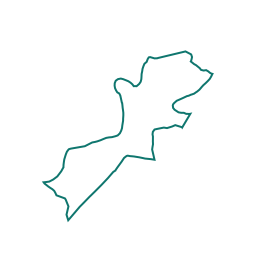 Sharas, Hajjah, Yemen (Equal Earth projection), rotated 241°
{"feature_id": "15242507B8279696782405", "entity_name": "Sharas", "entity_type": "district", "adm_level": 2, "iso_a3": "YEM", "parent_name": "Yemen", "parent_adm1": "Hajjah", "projection": "equal_earth", "projection_center": [43.654, 15.731], "detail": "fine", "context": "isolated", "style": "outline", "palette": "teal", "viewbox_px": 256, "rotation_deg": 241, "n_neighbors": 0, "source": "geoboundaries", "source_scale": "gbopen_adm2", "svg_char_len": 2459}
<svg xmlns="http://www.w3.org/2000/svg" viewBox="0 0 256 256"><g transform="rotate(241 128 128)"><path d="M76.3,31.0L77.7,34.8L82.5,47.6L84.4,54.1L86.6,61.3L87.0,62.9L88.2,67.2L88.2,67.3L88.7,69.0L91.1,77.3L93.9,86.1L96.7,93.7L96.8,94.7L96.9,96.4L97.2,96.7L98.7,99.7L101.7,106.2L103.7,110.0L104.1,112.3L104.2,113.3L103.9,114.4L102.6,115.9L100.3,119.3L97.0,123.5L94.7,126.2L93.0,128.1L89.6,133.0L87.4,135.8L97.5,138.7L99.6,140.3L101.7,142.0L103.9,143.1L104.1,143.2L106.2,144.4L108.5,145.7L110.6,146.4L112.6,147.9L113.8,150.5L113.2,152.6L111.0,159.5L110.7,159.9L109.0,162.1L107.9,167.4L107.6,170.7L102.4,175.7L102.2,175.7L110.2,189.4L110.4,188.8L112.1,185.8L114.2,184.2L115.5,181.9L117.2,179.8L119.3,178.7L121.4,177.6L123.7,177.2L126.0,178.1L126.8,178.9L127.4,180.3L128.2,183.8L127.9,186.9L127.6,190.4L127.3,195.1L126.8,196.7L126.6,199.4L126.5,199.5L126.0,202.4L126.3,205.2L126.3,205.9L126.9,209.1L127.1,209.6L127.7,211.3L127.9,211.7L128.9,214.6L129.6,217.7L130.4,220.6L131.3,223.3L132.7,225.7L134.0,227.5L134.4,228.1L134.7,227.8L134.9,227.5L136.6,226.4L138.5,225.7L140.7,224.4L141.6,222.0L143.2,220.3L143.6,220.0L145.4,219.8L149.9,218.0L150.1,217.9L151.8,216.8L153.8,216.0L155.7,215.2L155.8,215.4L157.3,216.9L159.0,218.4L161.1,218.8L161.7,218.9L162.4,218.5L167.1,215.4L174.7,188.1L174.8,187.4L175.5,186.0L176.0,185.0L179.3,181.7L179.7,180.4L178.7,178.6L176.8,176.4L176.2,173.5L174.6,171.5L172.7,169.4L170.6,167.8L169.0,166.4L168.5,166.0L166.2,164.6L164.2,163.3L162.3,161.5L161.1,159.1L160.4,155.8L160.6,155.6L161.8,153.3L164.1,153.0L166.4,152.2L168.7,151.0L170.7,149.4L173.0,147.5L174.7,145.7L175.6,143.0L175.5,141.9L175.3,140.2L173.6,138.1L171.5,136.8L169.2,136.0L166.8,135.8L164.4,135.9L162.4,137.1L160.1,137.0L153.1,134.9L152.7,135.0L150.5,134.1L148.2,133.1L145.8,132.2L143.6,131.3L141.4,130.1L139.5,128.9L139.1,128.6L136.7,127.2L134.8,125.7L132.9,124.2L130.8,122.7L129.0,120.8L127.3,118.3L126.5,115.4L126.8,113.6L127.0,112.6L127.8,109.5L129.0,106.8L129.9,104.2L130.3,101.1L130.6,98.1L131.1,95.3L131.2,94.7L131.8,92.4L132.1,91.5L132.7,89.7L133.0,81.4L137.6,68.2L138.1,66.3L138.0,65.6L136.9,63.1L135.2,61.0L134.0,59.7L133.4,59.1L131.5,57.1L129.3,55.4L127.1,53.8L125.5,52.8L125.0,52.6L122.5,48.6L119.9,42.7L119.2,37.6L119.3,33.2L120.4,30.3L121.4,27.9L119.8,28.1L117.7,29.0L115.5,29.9L113.3,31.0L111.1,32.2L108.8,33.0L108.1,33.0L106.5,33.0L103.8,32.8L97.0,38.7L95.6,38.8L88.3,37.9L82.0,32.2L76.3,31.0Z" fill="none" stroke="#0f766e" stroke-width="2"/></g></svg>